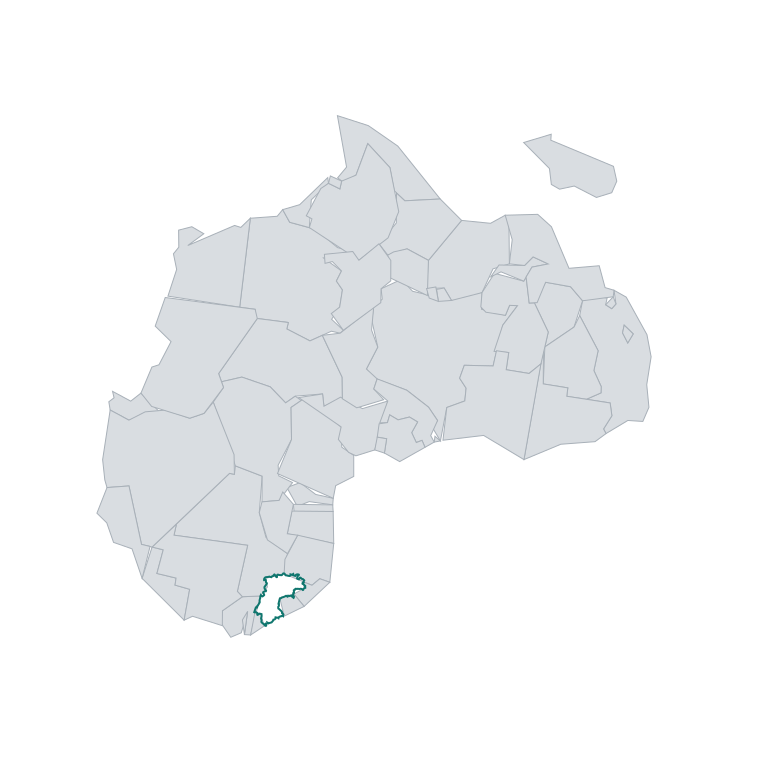 Guinea highlighted on a map of Africa, rotated 284°
{"feature_id": "GIN", "entity_name": "Guinea", "entity_type": "country or territory", "adm_level": 0, "iso_a3": "GIN", "parent_name": "Africa", "parent_adm1": "", "projection": "albers", "projection_center": [-10.714, 9.945], "detail": "fine", "context": "in_parent", "style": "outline", "palette": "teal", "viewbox_px": 768, "rotation_deg": 284, "n_neighbors": 49, "source": "natural_earth", "source_scale": "50m", "svg_char_len": 14306}
<svg xmlns="http://www.w3.org/2000/svg" viewBox="0 0 768 768"><g transform="rotate(284 384 384)"><path d="M514.7,397.2L561.5,419.7L565.7,448.5L577.1,460.8L571.2,466.1L530.9,476.6L522.1,461.9L496.4,457.0L485.5,444.4L481.4,429.3L491.7,419.1L486.9,402.2L514.7,397.2Z" fill="#d9dde1" stroke="#a8b0b8" stroke-width="1"/><path d="M169.7,198.4L169.7,209.9L145.2,209.5L145.4,229.2L138.3,229.9L137.8,245.1L106.5,247.2L136.9,196.3L169.7,198.4Z" fill="#d9dde1" stroke="#a8b0b8" stroke-width="1"/><path d="M481.4,429.3L496.4,457.0L480.1,460.5L480.0,485.2L490.7,486.8L492.3,494.6L469.8,485.0L427.9,485.5L421.6,457.4L407.9,456.0L399.8,464.7L387.1,466.5L376.4,450.6L342.4,452.5L353.3,441.7L361.5,444.8L372.3,432.8L383.5,407.5L387.5,370.6L394.3,363.3L418.3,369.0L443.0,356.7L456.7,355.3L465.9,361.8L475.7,358.1L489.7,375.5L480.9,389.3L481.4,429.3Z" fill="#d9dde1" stroke="#a8b0b8" stroke-width="1"/><path d="M577.1,393.8L566.8,359.9L574.1,347.1L595.4,337.4L613.3,310.1L579.9,306.3L569.4,296.8L572.8,289.1L585.4,295.2L633.1,273.9L630.9,306.3L618.2,339.8L577.1,393.8Z" fill="#d9dde1" stroke="#a8b0b8" stroke-width="1"/><path d="M561.5,419.7L514.7,397.2L520.7,373.7L510.0,356.5L518.8,345.2L543.2,357.0L572.3,349.9L566.8,359.9L577.1,393.8L561.5,419.7Z" fill="#d9dde1" stroke="#a8b0b8" stroke-width="1"/><path d="M432.0,334.1L425.6,331.2L422.7,329.2L422.5,320.2L407.9,301.7L413.9,276.4L420.5,276.3L416.6,241.9L425.3,240.9L423.6,225.4L512.5,214.2L520.9,239.8L528.7,243.5L518.1,253.4L517.4,280.7L505.1,305.9L505.0,321.6L491.7,294.7L483.4,315.4L472.4,312.9L465.3,320.9L447.9,322.4L434.1,317.5L426.3,331.5L432.0,334.1Z" fill="#d9dde1" stroke="#a8b0b8" stroke-width="1"/><path d="M416.9,245.2L420.5,276.3L413.9,276.4L407.9,301.7L416.3,312.4L380.4,341.8L359.6,347.2L347.9,331.1L359.5,326.8L350.7,300.8L341.9,293.1L353.7,274.3L356.3,244.4L346.9,225.8L354.1,221.0L416.9,245.2Z" fill="#d9dde1" stroke="#a8b0b8" stroke-width="1"/><path d="M389.6,611.4L393.5,607.9L408.3,612.8L420.3,608.0L418.1,584.0L427.9,596.7L434.0,595.4L447.8,584.4L468.1,583.7L497.7,557.3L512.8,556.5L520.9,569.9L521.4,579.7L514.5,579.9L512.2,586.8L517.8,589.7L530.6,584.5L526.9,598.0L495.5,627.2L475.0,636.6L446.9,639.1L425.5,646.7L410.3,644.2L407.6,629.4L389.6,611.4ZM499.2,602.8L491.3,603.1L482.8,610.6L492.9,613.7L499.2,602.8Z" fill="#d9dde1" stroke="#a8b0b8" stroke-width="1"/><path d="M499.2,602.8L492.9,613.7L482.8,610.6L491.3,603.1L499.2,602.8Z" fill="#d9dde1" stroke="#a8b0b8" stroke-width="1"/><path d="M512.8,556.5L485.2,554.6L458.9,531.1L474.1,530.8L499.1,510.3L521.8,516.2L523.5,541.5L512.8,556.5Z" fill="#d9dde1" stroke="#a8b0b8" stroke-width="1"/><path d="M497.7,557.3L468.1,583.7L447.8,584.4L434.0,595.4L427.9,596.7L418.1,584.0L416.3,564.3L424.7,563.3L422.6,538.5L458.9,531.1L485.2,554.6L497.7,557.3Z" fill="#d9dde1" stroke="#a8b0b8" stroke-width="1"/><path d="M416.3,564.3L420.3,608.0L408.3,612.8L393.5,607.9L389.6,611.4L379.1,602.7L368.3,570.1L344.5,538.1L457.2,530.1L422.6,538.5L424.7,563.3L416.3,564.3Z" fill="#d9dde1" stroke="#a8b0b8" stroke-width="1"/><path d="M108.1,305.7L101.2,296.6L113.1,283.1L124.9,282.1L143.3,298.0L148.4,315.3L108.2,315.3L107.1,309.2L130.3,306.7L108.1,305.7Z" fill="#d9dde1" stroke="#a8b0b8" stroke-width="1"/><path d="M148.4,315.3L143.3,298.0L147.3,291.9L194.5,290.7L186.5,216.8L197.9,216.5L259.9,255.7L260.2,260.7L268.6,259.6L265.1,288.1L229.0,294.1L206.6,306.6L196.1,331.4L175.6,333.0L166.9,316.3L158.9,320.0L148.4,315.3Z" fill="#d9dde1" stroke="#a8b0b8" stroke-width="1"/><path d="M106.5,247.2L137.8,245.1L138.3,229.9L145.4,229.2L145.2,209.5L169.7,209.9L169.7,198.4L197.9,216.5L186.5,216.8L194.5,290.7L147.3,291.9L143.3,298.0L124.9,282.1L110.4,285.6L112.3,254.4L106.5,247.2Z" fill="#d9dde1" stroke="#a8b0b8" stroke-width="1"/><path d="M260.8,362.4L254.3,363.5L251.8,339.9L244.4,329.4L260.1,314.8L268.0,326.4L260.3,344.5L260.8,362.4Z" fill="#d9dde1" stroke="#a8b0b8" stroke-width="1"/><path d="M346.9,225.8L356.3,244.4L353.7,274.3L341.9,293.1L350.7,300.8L348.0,307.7L338.8,299.5L307.7,307.7L279.6,300.9L269.4,304.1L266.2,319.1L245.7,310.4L240.1,294.1L265.1,288.1L268.6,259.6L325.1,222.7L341.8,229.1L346.9,225.8Z" fill="#d9dde1" stroke="#a8b0b8" stroke-width="1"/><path d="M260.8,362.4L271.3,302.3L307.7,307.7L338.8,299.5L351.3,310.6L332.0,352.8L312.5,358.3L307.4,371.9L287.0,377.0L273.7,361.7L260.8,362.4Z" fill="#d9dde1" stroke="#a8b0b8" stroke-width="1"/><path d="M350.2,304.5L359.5,326.8L347.9,331.1L360.7,345.0L354.9,369.0L368.4,391.8L317.8,391.0L307.5,374.1L309.1,366.2L319.2,353.1L332.0,352.8L350.2,304.5Z" fill="#d9dde1" stroke="#a8b0b8" stroke-width="1"/><path d="M245.3,325.2L254.3,363.5L248.0,365.5L237.9,327.8L245.3,325.2Z" fill="#d9dde1" stroke="#a8b0b8" stroke-width="1"/><path d="M238.4,325.3L248.0,365.5L217.1,373.8L215.3,326.4L238.4,325.3Z" fill="#d9dde1" stroke="#a8b0b8" stroke-width="1"/><path d="M175.6,333.0L189.9,330.3L216.4,336.8L217.1,373.8L178.5,379.4L179.5,368.8L171.3,362.8L175.6,333.0Z" fill="#d9dde1" stroke="#a8b0b8" stroke-width="1"/><path d="M108.2,315.3L131.4,314.0L131.0,320.2L120.1,326.2L108.2,315.3Z" fill="#d9dde1" stroke="#a8b0b8" stroke-width="1"/><path d="M172.5,353.1L171.3,362.8L179.5,368.8L178.5,379.4L148.9,360.3L158.4,347.4L166.5,356.1L172.5,353.1Z" fill="#d9dde1" stroke="#a8b0b8" stroke-width="1"/><path d="M134.7,343.4L151.4,334.4L158.4,347.4L148.9,360.3L134.7,343.4Z" fill="#d9dde1" stroke="#a8b0b8" stroke-width="1"/><path d="M196.1,331.4L204.5,308.6L229.0,294.1L240.1,294.1L245.7,310.4L254.7,311.9L245.3,325.2L215.3,326.4L216.4,336.8L196.1,331.4Z" fill="#d9dde1" stroke="#a8b0b8" stroke-width="1"/><path d="M456.7,355.3L433.3,358.9L418.3,369.0L394.3,363.3L387.3,376.1L376.7,375.3L368.7,387.5L354.3,363.3L359.6,347.2L380.4,341.8L416.3,312.4L422.7,329.2L456.7,355.3Z" fill="#d9dde1" stroke="#a8b0b8" stroke-width="1"/><path d="M387.3,376.1L383.5,407.5L372.3,432.8L361.5,444.8L345.2,441.8L339.8,446.8L332.5,439.1L338.5,434.5L335.0,429.5L343.5,422.6L355.3,425.8L358.1,416.7L352.6,406.3L355.4,397.0L347.4,396.7L345.2,389.3L368.4,391.8L376.7,375.3L387.3,376.1Z" fill="#d9dde1" stroke="#a8b0b8" stroke-width="1"/><path d="M330.8,390.3L344.2,388.9L347.4,396.7L355.4,397.0L352.6,406.3L358.1,416.7L355.3,425.8L343.5,422.6L335.0,429.5L338.5,434.5L332.5,439.1L312.5,418.0L317.1,401.1L331.5,399.8L330.8,390.3Z" fill="#d9dde1" stroke="#a8b0b8" stroke-width="1"/><path d="M317.8,391.0L330.8,390.3L331.5,399.8L317.1,401.1L317.8,391.0Z" fill="#d9dde1" stroke="#a8b0b8" stroke-width="1"/><path d="M496.4,457.0L518.1,464.4L517.6,494.7L522.2,496.0L497.7,505.3L499.1,510.3L474.1,530.8L441.5,531.4L429.3,522.2L427.4,499.1L444.7,497.4L442.3,482.9L469.8,485.0L492.3,494.6L490.7,486.8L480.0,485.2L478.3,465.5L482.2,459.3L496.4,457.0Z" fill="#d9dde1" stroke="#a8b0b8" stroke-width="1"/><path d="M513.8,461.6L527.3,466.8L533.0,491.7L543.4,497.9L540.2,514.3L533.2,499.3L517.6,494.7L521.1,470.4L513.8,461.6Z" fill="#d9dde1" stroke="#a8b0b8" stroke-width="1"/><path d="M530.9,476.6L555.0,473.5L577.1,460.8L585.8,492.1L577.1,508.4L541.0,535.5L550.8,564.2L531.0,575.2L530.6,584.5L524.1,585.3L512.8,556.5L523.5,541.5L521.8,516.2L500.0,512.9L497.7,505.3L522.2,496.0L533.2,499.3L540.2,514.3L543.4,497.9L533.0,491.7L530.9,476.6Z" fill="#d9dde1" stroke="#a8b0b8" stroke-width="1"/><path d="M524.1,585.3L517.8,589.7L512.2,586.8L514.5,579.9L524.1,585.3Z" fill="#d9dde1" stroke="#a8b0b8" stroke-width="1"/><path d="M339.8,446.8L345.6,446.1L342.4,452.5L339.8,446.8ZM343.7,454.8L376.4,450.6L387.1,466.5L399.8,464.7L407.9,456.0L421.6,457.4L427.9,485.5L443.5,485.1L444.7,497.4L427.4,499.1L429.3,522.2L441.5,531.4L344.5,538.1L358.2,493.1L343.7,454.8Z" fill="#d9dde1" stroke="#a8b0b8" stroke-width="1"/><path d="M488.5,412.1L491.7,419.1L481.4,429.3L477.3,416.8L488.5,412.1Z" fill="#d9dde1" stroke="#a8b0b8" stroke-width="1"/><path d="M652.1,461.1L666.8,485.8L660.9,486.9L650.7,554.0L637.1,560.8L624.7,558.7L616.4,545.0L622.1,520.7L615.5,507.2L618.1,498.1L633.1,492.4L652.1,461.1Z" fill="#d9dde1" stroke="#a8b0b8" stroke-width="1"/><path d="M107.1,309.2L120.8,303.7L130.3,306.7L107.1,309.2Z" fill="#d9dde1" stroke="#a8b0b8" stroke-width="1"/><path d="M303.1,172.1L287.2,145.2L292.5,124.6L300.2,121.3L305.3,125.4L311.2,122.4L306.1,142.4L316.4,150.4L303.1,172.1Z" fill="#d9dde1" stroke="#a8b0b8" stroke-width="1"/><path d="M169.7,198.4L169.7,187.5L223.4,161.2L216.5,140.3L223.4,136.3L242.5,129.3L292.5,124.6L287.2,145.2L299.2,159.0L305.9,178.5L303.8,203.8L312.0,216.5L325.1,222.7L279.2,255.6L260.2,260.7L259.9,255.7L169.7,198.4Z" fill="#d9dde1" stroke="#a8b0b8" stroke-width="1"/><path d="M517.7,273.7L518.1,253.4L528.7,243.5L537.6,258.8L570.7,279.5L565.3,281.6L545.1,268.9L517.7,273.7Z" fill="#d9dde1" stroke="#a8b0b8" stroke-width="1"/><path d="M136.9,196.3L163.1,179.4L164.9,159.9L182.2,148.6L189.2,136.7L216.5,140.3L223.4,161.2L169.7,187.5L169.8,196.3L136.9,196.3Z" fill="#d9dde1" stroke="#a8b0b8" stroke-width="1"/><path d="M512.5,214.2L423.6,225.4L417.0,153.1L445.0,155.1L459.4,148.2L467.1,151.8L483.6,147.5L490.1,159.5L486.2,172.8L470.9,160.1L501.7,200.7L501.3,207.2L512.5,214.2Z" fill="#d9dde1" stroke="#a8b0b8" stroke-width="1"/><path d="M415.0,150.8L425.3,240.9L416.9,245.2L354.1,221.0L341.8,229.1L312.0,216.5L303.8,203.8L306.0,164.0L316.4,150.4L344.3,154.7L348.2,161.0L373.6,167.1L384.8,148.0L415.0,150.8Z" fill="#d9dde1" stroke="#a8b0b8" stroke-width="1"/><path d="M613.3,310.1L595.4,337.4L554.8,356.6L526.8,352.6L498.0,329.7L517.7,273.7L526.8,274.1L528.4,267.9L558.4,275.4L565.3,281.6L562.6,294.0L570.6,293.8L579.9,306.3L613.3,310.1Z" fill="#d9dde1" stroke="#a8b0b8" stroke-width="1"/><path d="M565.3,281.6L572.9,281.6L570.6,293.8L562.6,294.0L565.3,281.6Z" fill="#d9dde1" stroke="#a8b0b8" stroke-width="1"/><path d="M514.7,397.2L480.3,404.7L488.7,363.0L510.0,356.5L514.5,361.4L520.7,373.7L514.7,397.2Z" fill="#d9dde1" stroke="#a8b0b8" stroke-width="1"/><path d="M486.9,402.2L490.7,410.8L477.3,416.8L478.3,407.1L486.9,402.2Z" fill="#d9dde1" stroke="#a8b0b8" stroke-width="1"/><path d="M485.7,365.6L475.7,358.1L462.2,361.2L426.3,331.5L439.6,315.8L447.9,322.4L465.3,320.9L472.4,312.9L483.4,315.4L490.3,304.3L486.8,297.6L495.4,294.8L505.0,321.6L498.0,329.7L518.8,345.2L505.6,360.7L485.7,365.6Z" fill="#d9dde1" stroke="#a8b0b8" stroke-width="1"/><path d="M158.0,346.8L157.4,346.7L157.1,346.8L156.3,347.8L155.8,348.1L155.5,348.1L155.1,348.0L154.8,348.1L154.6,348.0L154.7,347.8L154.9,347.5L155.3,346.4L156.2,345.4L156.3,345.2L155.9,344.6L155.4,343.7L155.4,342.9L155.4,342.2L154.5,342.0L154.3,341.9L154.3,341.7L154.5,341.1L154.8,340.6L154.8,340.4L154.8,340.2L154.2,339.6L153.4,338.6L152.6,337.4L152.0,336.4L151.4,336.0L150.9,335.3L150.7,334.9L150.2,334.8L148.7,334.8L146.8,334.8L145.2,334.8L145.1,335.3L143.4,335.7L142.3,335.3L141.2,335.5L140.6,335.8L140.4,336.4L140.1,337.0L139.9,337.3L139.8,337.6L139.6,337.9L139.4,338.2L139.1,338.8L138.6,339.7L138.0,340.2L137.0,340.5L136.6,341.5L136.4,341.8L136.0,342.1L135.6,342.2L135.2,342.1L134.8,342.1L134.3,342.2L134.5,341.3L134.3,340.9L133.5,340.1L133.5,339.7L133.2,339.3L132.2,338.3L131.2,338.3L131.5,337.5L131.5,336.4L131.2,335.8L131.3,335.2L131.1,335.2L130.8,335.7L130.2,335.5L129.2,334.9L128.7,334.2L128.6,333.7L128.2,333.6L127.5,333.6L125.5,332.6L124.1,330.2L124.1,329.6L124.3,328.7L123.6,329.1L123.5,328.6L123.0,327.7L122.9,327.1L122.4,326.9L122.0,326.8L121.7,327.0L121.3,328.1L121.0,328.1L120.7,327.9L120.8,327.0L121.1,326.6L121.6,326.0L122.9,323.3L123.3,322.7L123.6,322.5L124.3,322.5L125.4,322.2L126.4,321.6L126.9,321.4L128.0,321.4L129.3,321.4L131.1,320.8L131.1,320.0L131.1,319.0L131.0,318.6L130.4,318.3L130.1,318.0L129.8,317.6L129.4,317.3L129.4,317.0L129.9,316.7L130.2,316.6L130.9,316.6L131.1,316.5L131.3,316.2L131.5,315.6L131.6,314.9L131.1,314.0L131.2,313.3L133.7,313.5L133.9,313.5L135.1,313.6L135.8,313.7L136.2,313.7L136.4,313.9L136.3,314.1L136.2,314.5L136.3,314.8L136.7,314.9L136.9,314.8L137.1,314.7L137.4,314.5L137.7,314.6L138.4,315.2L139.0,315.3L139.8,315.6L140.4,315.8L141.0,315.8L141.5,316.1L142.3,316.2L143.4,315.8L144.3,315.6L145.5,315.6L146.1,315.7L147.9,315.4L148.8,315.5L149.3,315.6L149.1,315.8L148.9,316.3L148.7,316.8L148.5,317.2L148.5,317.5L149.1,318.0L150.0,318.7L150.3,318.8L150.7,318.6L151.4,318.1L151.9,317.5L152.3,317.2L152.9,317.2L153.3,317.6L153.9,318.5L154.4,319.4L154.4,319.5L154.6,319.6L154.9,319.6L155.1,319.4L155.3,319.3L155.6,318.9L156.5,317.7L157.2,317.4L157.5,317.3L158.0,317.1L158.8,317.4L160.1,317.9L161.5,318.5L162.1,318.6L162.4,318.5L162.8,317.7L163.4,317.3L164.1,317.0L164.8,316.8L165.1,316.8L165.3,316.5L165.3,316.2L165.3,315.9L164.9,315.3L164.8,315.1L165.1,315.0L165.6,314.9L166.2,314.9L167.0,315.2L167.6,315.6L167.9,316.0L168.3,317.0L168.6,317.9L169.4,319.4L169.3,320.3L169.3,321.4L169.7,321.6L170.0,321.7L170.2,321.8L170.6,322.6L170.9,322.9L171.3,322.9L172.1,323.4L172.6,323.6L172.7,323.8L172.6,324.0L172.4,324.3L172.2,324.5L171.7,324.8L171.3,325.3L170.6,326.4L170.6,326.6L170.7,326.8L171.1,326.8L171.4,326.7L172.1,326.3L172.6,326.5L173.2,326.8L173.3,327.1L173.4,327.5L173.3,328.1L173.3,328.7L173.5,329.7L173.7,330.8L174.0,331.2L175.8,332.1L175.9,332.4L176.0,332.8L175.9,333.4L175.7,333.6L175.2,334.1L174.8,334.5L174.6,334.9L174.7,335.6L174.7,337.2L174.8,338.7L175.2,339.2L175.6,339.4L176.2,339.4L176.7,339.3L176.7,340.1L176.5,341.1L177.2,341.4L177.5,341.7L177.7,341.9L176.7,342.5L176.4,342.8L176.3,343.6L176.3,344.3L177.6,344.8L178.1,345.4L178.4,346.1L178.5,347.3L178.3,347.6L178.0,347.6L177.6,347.2L177.3,346.8L177.0,346.8L176.3,346.8L175.6,346.6L174.6,346.7L174.3,346.7L174.1,347.0L174.0,347.3L173.9,348.6L174.3,348.8L174.9,349.1L175.3,349.3L175.6,349.2L175.8,349.4L175.9,349.9L175.7,350.3L175.4,350.7L175.0,351.6L175.1,352.0L175.1,352.5L174.4,353.8L174.2,354.1L173.2,353.8L172.6,353.8L172.2,354.1L171.9,353.9L171.6,353.6L171.4,353.2L171.2,353.1L170.8,353.1L170.4,353.3L170.3,353.7L170.2,354.2L170.2,354.6L169.9,354.9L169.5,355.5L169.3,356.0L169.0,356.5L168.6,356.5L168.4,356.4L168.3,356.5L167.7,356.8L167.2,356.9L167.1,356.6L166.8,356.4L166.4,355.9L166.0,355.6L165.3,355.3L165.0,355.4L164.7,355.4L164.5,355.1L164.9,354.5L165.1,354.0L165.2,353.5L165.2,353.0L165.0,352.3L164.7,351.7L164.6,351.4L164.6,350.9L164.5,350.5L164.4,350.2L164.4,349.8L164.3,349.4L164.1,349.2L164.0,348.6L164.0,347.9L163.7,347.6L163.3,347.4L163.0,347.2L162.9,346.9L162.7,346.8L162.4,347.0L162.0,346.4L161.9,346.4L161.7,346.5L159.7,347.2L159.4,346.6L159.0,346.5L158.4,346.8L158.0,346.8Z" fill="none" stroke="#0f766e" stroke-width="2"/></g></svg>